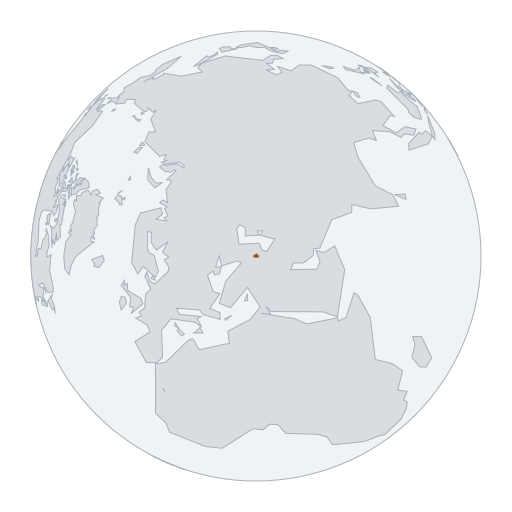 globe centered on Syunik, rotated 301°
{"feature_id": "ARM-1732", "entity_name": "Syunik", "entity_type": "Province", "adm_level": 1, "iso_a3": "ARM", "parent_name": "Armenia", "parent_adm1": "", "projection": "orthographic", "projection_center": [46.179, 39.357], "detail": "fine", "context": "on_globe", "style": "filled", "palette": "amber", "viewbox_px": 512, "rotation_deg": 301, "n_neighbors": 0, "source": "natural_earth", "source_scale": "10m", "svg_char_len": 11243}
<svg xmlns="http://www.w3.org/2000/svg" viewBox="0 0 512 512"><g transform="rotate(301 256 256)"><circle cx="256" cy="256" r="225" fill="#eef3f6" stroke="#a8b0b8"/><path d="M235.1,31.7L235.5,31.7L240.2,31.3L256.5,32.6L281.2,36.2L291.5,36.7L287.3,37.5L308.5,39.0L323.5,43.1L304.9,38.9L301.9,39.0L311.3,41.7L310.1,42.5L314.0,44.4L311.8,45.3L301.1,43.5L299.5,44.2L306.3,46.1L308.3,48.7L298.6,45.6L301.2,49.9L283.9,48.8L259.8,42.1L248.5,44.3L219.5,45.4L220.5,46.9L210.1,49.0L207.5,51.7L202.8,51.7L204.7,54.0L209.5,53.5L211.9,54.5L210.7,56.3L204.6,56.3L204.3,55.5L201.9,56.4L199.3,55.8L200.0,57.1L192.7,57.3L198.1,59.8L190.9,62.2L186.5,61.7L189.3,58.2L186.2,50.2L182.7,49.6L174.9,51.7L155.2,62.3L150.3,63.4L142.0,67.5L143.5,68.2L150.6,65.3L151.5,68.1L160.1,64.9L161.7,65.8L169.5,64.4L165.8,68.5L157.8,73.5L151.1,75.1L147.4,77.5L151.7,79.6L137.2,86.6L124.2,98.7L120.7,100.4L117.7,96.6L122.9,87.0L119.0,84.2L118.9,90.3L110.2,95.3L107.7,98.2L106.6,100.7L108.9,100.6L105.3,103.5L104.1,98.0L107.3,95.2L107.7,96.8L110.1,92.6L109.2,89.9L104.9,93.2L108.1,87.3L105.1,89.7L104.1,90.2L108.7,86.5L100.4,93.3L101.3,92.3L113.8,81.3L127.0,71.3L141.0,62.3L155.6,54.3L170.8,47.5L186.4,41.8L202.4,37.2L218.6,33.8L235.1,31.7ZM31.1,268.9L31.5,274.3L34.3,293.8L36.0,304.6L36.2,305.2L32.9,287.2L31.1,268.9ZM241.4,31.2L242.4,31.1L237.2,31.5L241.4,31.2ZM254.7,31.1L251.2,31.2L249.6,30.9L252.1,30.9L254.7,31.1ZM299.1,37.3L294.0,36.3L299.4,37.1L299.1,37.3ZM314.9,44.6L316.8,44.7L318.0,45.7L314.9,44.6ZM171.1,62.3L170.3,63.3L169.2,63.0L171.1,62.3ZM175.2,60.8L174.5,59.8L176.4,58.9L176.8,59.6L175.2,60.8ZM315.7,48.1L317.2,49.9L313.9,47.7L315.7,48.1ZM175.6,62.4L179.8,57.7L183.1,56.3L187.3,57.9L175.6,62.4ZM316.8,50.8L320.4,55.7L324.7,56.3L314.3,57.9L314.7,52.9L310.0,49.9L314.6,51.2L316.8,50.8ZM211.5,52.7L206.3,53.2L211.6,51.3L211.5,52.7ZM214.3,51.3L227.1,44.9L234.1,45.4L228.4,47.2L238.3,47.0L235.3,50.3L229.3,51.2L225.3,50.1L227.2,52.3L214.3,51.3ZM308.0,58.3L307.3,59.4L306.0,57.9L308.0,58.3ZM213.2,54.8L215.2,53.3L221.4,53.6L218.6,56.6L217.5,55.5L213.2,54.8ZM242.3,45.5L246.4,46.4L245.1,49.3L246.6,50.1L235.9,50.4L242.3,45.5ZM215.5,56.4L217.0,58.2L213.0,59.8L211.7,56.3L215.5,56.4ZM224.2,52.4L227.0,52.7L224.5,53.5L224.2,52.4ZM199.9,67.0L202.1,64.8L205.5,64.7L199.9,67.0ZM217.8,58.9L219.2,58.3L220.7,58.1L220.9,59.7L217.8,58.9ZM235.7,52.6L234.4,53.7L240.1,52.6L239.4,54.9L232.3,54.8L235.1,55.9L234.9,56.7L229.4,55.8L235.7,52.6ZM225.8,60.8L216.7,62.0L211.8,65.8L208.6,66.0L217.0,59.8L225.8,60.8ZM228.4,57.9L226.1,59.7L223.3,58.8L223.2,57.0L228.4,57.9ZM241.4,56.7L244.3,53.1L245.7,53.2L241.4,56.7ZM224.9,62.1L227.2,61.8L224.9,62.5L224.9,62.1ZM237.0,58.5L237.8,57.1L239.4,57.3L237.0,58.5ZM230.9,62.6L228.0,62.8L227.8,61.5L230.9,62.6ZM234.1,60.8L236.2,61.5L229.5,60.9L234.2,60.1L234.1,60.8ZM238.4,58.9L239.6,58.6L237.8,59.5L238.4,58.9ZM233.4,67.6L225.0,67.1L224.6,64.2L232.8,64.9L233.4,67.6ZM66.6,310.6L60.5,272.7L66.4,264.9L69.5,250.9L111.7,225.4L118.4,233.3L149.1,241.4L152.5,244.9L146.4,255.4L167.4,278.1L177.1,270.6L198.6,283.7L214.5,286.0L224.6,264.9L198.5,260.7L196.5,248.9L219.3,243.0L242.4,247.1L242.3,242.7L229.8,231.5L237.2,224.3L225.7,227.0L228.8,231.9L221.7,234.0L218.4,229.7L221.2,227.1L214.8,224.1L203.3,237.9L205.3,244.4L187.3,243.4L188.8,254.4L183.2,257.9L178.5,240.8L180.6,235.4L170.3,214.8L166.5,220.3L176.0,240.3L172.1,237.8L167.0,246.2L167.8,237.9L158.4,215.5L143.6,213.3L121.0,228.1L113.2,225.7L108.2,216.9L120.2,196.2L136.4,204.3L140.9,197.9L140.8,184.8L145.7,188.7L147.7,184.6L154.2,187.3L166.4,181.0L173.4,182.8L181.3,171.2L186.0,170.7L180.0,177.6L179.6,183.6L197.5,188.7L201.8,186.9L205.5,179.2L210.0,181.9L211.2,173.8L223.0,173.3L209.7,167.5L213.6,159.1L222.4,154.2L221.3,150.6L207.0,158.7L203.5,163.0L204.3,168.3L192.6,180.2L185.8,180.6L189.0,164.8L179.7,163.9L186.3,152.8L220.7,136.4L233.5,134.9L248.3,149.7L243.6,154.4L235.9,151.3L240.2,161.8L241.2,157.3L244.9,159.8L249.6,153.2L252.4,154.7L252.1,146.0L256.1,147.2L256.3,152.6L266.7,144.6L275.8,145.5L276.8,143.1L275.3,140.1L287.9,143.7L288.1,141.8L284.0,139.8L281.7,134.8L282.5,127.5L286.8,129.1L287.1,132.0L294.3,140.7L294.4,148.4L296.2,148.4L297.2,142.1L288.5,131.4L287.7,126.6L292.6,131.0L290.8,129.1L291.7,127.2L296.8,127.1L291.8,122.1L296.8,101.9L307.1,100.2L310.8,106.0L318.9,95.4L329.9,95.5L326.1,93.5L327.4,87.9L324.0,87.7L322.2,86.4L324.1,73.3L327.9,71.9L324.3,65.1L322.4,64.3L319.4,64.8L314.3,57.9L324.7,56.3L328.6,58.3L332.5,56.4L340.9,61.4L349.5,65.1L356.4,72.4L362.7,75.1L363.5,74.2L372.6,77.6L388.7,89.0L372.2,83.9L347.4,70.2L357.2,75.8L354.0,76.0L356.9,79.0L363.9,83.2L365.3,82.8L371.3,98.9L386.1,115.3L387.5,109.3L393.4,110.4L411.5,126.5L427.2,161.1L435.2,165.1L438.9,170.3L439.2,177.5L433.8,169.9L429.7,170.8L426.6,165.8L425.3,175.6L420.7,168.9L421.9,180.4L426.8,183.8L429.7,177.2L432.6,190.6L441.8,194.5L448.2,205.1L450.8,234.2L445.5,249.5L446.3,253.6L441.4,253.2L439.1,265.0L451.5,278.3L452.6,284.2L446.9,302.8L446.0,298.7L433.1,297.5L433.7,312.8L443.6,317.1L447.1,327.7L440.8,329.0L436.9,320.0L432.3,319.2L431.4,306.5L423.5,291.3L416.9,299.7L415.4,292.1L403.5,281.4L393.0,292.8L377.6,322.0L378.9,341.6L372.1,352.7L355.5,330.0L349.5,311.7L342.6,315.6L326.2,302.3L295.5,306.6L291.9,301.6L285.9,304.8L274.5,300.3L269.4,291.8L262.1,292.7L276.1,315.0L284.0,314.0L291.7,304.5L294.0,312.5L305.1,318.3L290.0,339.1L245.7,357.1L242.7,342.3L216.2,297.6L217.8,292.7L217.7,292.2L217.5,291.1L213.6,298.8L209.5,289.7L222.2,321.5L223.7,334.2L245.0,358.0L242.7,360.2L249.9,364.9L274.9,358.9L274.8,363.7L262.1,385.6L228.7,411.5L234.0,428.2L233.0,440.8L214.1,446.7L217.8,455.3L208.3,456.7L209.0,460.8L202.5,463.5L190.9,464.3L169.0,458.3L166.1,454.8L152.8,444.4L133.6,418.7L137.5,410.1L134.9,400.5L119.3,372.9L122.6,361.5L118.8,354.2L110.8,351.7L106.6,342.7L101.9,340.0L73.9,326.2L66.6,310.6ZM94.6,244.0L92.9,248.0L94.6,244.0ZM265.4,262.8L280.2,263.4L276.0,249.3L281.3,248.5L277.9,244.2L275.6,248.3L267.7,236.4L274.9,232.1L274.4,225.9L269.4,225.5L257.4,235.4L268.6,252.2L264.2,258.0L265.4,262.8ZM110.3,95.7L110.3,96.2L108.5,99.0L108.0,98.4L110.3,95.7ZM109.0,109.1L103.4,113.6L107.0,109.7L105.2,109.2L110.5,101.0L119.2,100.9L114.3,102.2L109.0,109.1ZM120.1,90.7L115.7,95.5L120.2,90.3L120.1,90.7ZM152.1,161.4L153.3,165.3L149.2,169.1L140.3,168.3L146.1,162.5L152.1,161.4ZM155.8,170.1L161.5,155.5L167.3,155.9L163.1,158.0L166.3,159.8L160.4,163.8L160.4,179.1L156.8,183.6L142.3,178.7L149.0,177.6L147.5,173.6L155.8,170.1ZM165.8,122.1L168.3,117.0L177.5,124.3L174.1,128.2L165.0,127.2L163.7,122.0L165.8,122.1ZM182.2,66.6L182.6,65.1L184.3,65.0L185.4,66.1L182.2,66.6ZM200.6,66.0L182.4,73.2L181.9,71.8L171.8,78.4L166.6,77.4L173.3,73.0L161.7,77.5L165.7,73.1L158.0,76.7L173.4,67.1L176.5,63.7L175.1,67.8L179.8,68.7L182.8,68.2L193.5,64.2L202.5,58.1L208.6,58.6L210.5,60.5L209.3,62.1L205.7,61.2L206.7,63.9L200.5,63.8L200.6,66.0ZM229.7,90.3L226.1,87.4L227.0,95.2L220.8,94.2L221.3,95.2L215.9,96.5L210.2,100.1L207.7,99.0L206.5,100.9L202.9,102.0L200.5,104.3L195.3,103.4L191.9,106.2L191.4,104.2L186.9,109.4L187.9,105.1L183.3,106.6L184.7,110.0L162.7,101.7L152.6,102.4L143.7,105.6L146.6,98.5L156.9,91.3L170.0,85.7L179.3,86.4L178.9,83.3L183.2,82.9L181.7,85.5L186.6,81.3L189.8,81.7L201.5,78.2L206.7,72.6L211.1,71.4L210.7,73.9L215.4,71.0L217.5,75.0L220.7,74.3L226.1,77.9L223.3,83.4L227.1,82.3L231.4,85.3L229.7,90.3ZM234.6,68.6L232.8,74.9L228.5,77.6L221.0,70.4L217.8,70.4L212.9,66.4L219.2,62.7L220.0,64.2L222.3,64.7L219.4,65.6L223.4,65.3L224.7,67.4L228.2,67.8L226.6,69.6L234.6,68.6ZM157.9,242.1L160.8,243.6L165.8,244.7L162.7,250.3L157.9,242.1ZM151.2,226.8L154.1,227.1L152.1,235.0L149.1,233.5L151.2,226.8ZM157.3,220.8L154.4,226.5L154.2,222.6L157.3,220.8ZM182.8,177.6L186.1,177.6L185.8,179.6L183.2,181.9L182.8,177.6ZM231.0,114.9L229.6,112.4L231.0,111.7L232.4,105.5L237.0,106.0L238.0,109.9L231.0,114.9ZM219.2,268.1L213.6,271.7L211.7,269.3L214.0,268.5L219.2,268.1ZM186.1,261.5L192.8,266.0L185.1,263.0L186.1,261.5ZM236.3,114.4L236.4,111.7L238.7,113.7L236.3,114.4ZM240.5,106.1L243.5,107.8L237.7,105.3L240.5,106.1ZM272.3,439.2L259.3,459.0L248.4,459.0L245.3,453.6L249.5,441.8L261.8,438.1L267.6,431.9L272.3,439.2ZM468.2,326.6L469.9,323.5L469.7,324.4L468.2,326.6ZM466.6,327.8L468.9,323.8L465.8,330.3L466.6,327.8ZM469.7,322.2L472.0,316.2L473.1,313.0L472.6,315.0L469.7,322.2ZM464.8,330.8L453.3,345.8L448.1,349.4L449.8,345.2L458.2,336.5L464.8,330.8ZM449.4,345.6L440.8,345.9L425.5,332.5L431.1,329.0L446.3,332.1L445.5,335.4L450.7,336.8L449.4,345.6ZM468.1,308.5L467.1,317.0L461.2,324.8L458.3,327.4L456.3,320.1L457.5,313.6L460.0,310.7L467.4,281.3L470.5,281.2L468.8,292.3L471.2,295.5L468.1,308.5ZM380.0,343.0L385.9,352.0L381.8,355.4L380.0,343.0ZM468.4,264.0L466.7,276.7L467.6,261.8L468.4,264.0ZM467.7,251.5L468.8,255.1L466.8,253.4L467.7,251.5ZM448.1,259.2L445.4,263.3L444.4,260.6L447.1,253.7L448.1,259.2ZM453.0,214.3L456.6,222.6L457.4,226.1L454.4,222.6L453.0,214.3ZM276.1,118.3L269.0,126.1L267.0,132.7L270.6,137.8L262.4,134.2L265.5,124.0L276.1,118.3ZM293.8,103.6L290.5,99.6L293.9,99.5L295.1,100.4L293.8,103.6ZM290.4,102.5L282.7,101.2L282.2,97.9L288.3,99.5L290.4,102.5ZM259.4,107.1L257.0,109.2L255.1,107.5L259.4,107.1ZM445.6,377.7L448.4,373.0L455.9,359.8L445.6,377.7ZM472.3,317.9L475.3,306.6L476.2,303.2L472.3,317.9ZM480.4,276.3L480.4,275.0L480.9,268.9L480.2,272.9L481.1,263.8L481.1,265.7L480.4,276.3ZM478.1,288.3L477.8,290.6L477.4,290.9L478.1,288.3ZM478.8,284.6L479.8,281.0L478.5,286.8L478.8,284.6ZM472.6,294.6L473.3,297.8L475.6,289.6L473.8,298.0L474.8,302.3L474.0,306.4L473.2,301.4L471.8,311.4L470.7,313.5L470.7,307.2L472.2,295.8L473.2,289.7L477.1,278.8L472.6,294.6ZM479.0,278.8L478.6,274.7L478.8,269.9L479.3,271.2L479.0,278.8ZM476.3,265.7L473.8,263.1L472.6,269.1L474.1,252.8L476.4,257.9L476.3,265.7ZM472.7,254.6L471.6,260.2L472.1,251.4L472.7,254.6ZM470.8,258.8L469.6,254.6L471.0,252.6L470.8,258.8ZM473.4,253.1L471.9,244.7L473.5,247.9L473.4,253.1ZM466.4,245.5L471.0,247.4L466.7,251.5L461.9,236.8L463.4,233.4L466.4,245.5ZM445.3,168.5L442.3,165.2L442.4,161.4L444.4,164.7L445.3,168.5ZM439.8,147.4L441.4,159.4L442.2,169.6L444.1,169.5L448.2,177.9L443.0,174.5L439.2,162.2L439.3,155.8L435.2,149.4L432.7,141.9L426.8,135.7L424.3,131.2L429.8,134.9L439.8,147.4ZM424.2,133.4L413.0,121.6L415.0,117.9L417.9,119.7L422.2,126.5L420.9,128.0L424.2,133.4ZM410.8,117.8L409.4,119.3L390.0,108.1L386.4,105.0L402.3,110.8L401.8,112.6L406.2,116.2L410.8,117.8ZM309.8,59.9L307.5,59.4L309.4,59.0L309.8,59.9ZM320.3,86.5L318.3,84.6L320.5,83.9L320.3,86.5ZM313.9,79.3L312.8,81.3L312.1,78.4L313.9,79.3ZM310.7,86.2L311.5,81.8L313.3,87.0L310.7,86.2Z" fill="#d9dde1" stroke="#a8b0b8" stroke-width="1"/><path d="M254.9,254.1L255.0,254.2L255.1,254.3L255.4,254.4L255.5,254.5L255.7,254.8L255.8,254.8L256.0,255.0L256.4,255.0L256.5,255.0L256.9,255.1L257.0,255.1L257.1,255.3L256.9,255.4L256.9,255.5L257.0,255.5L256.9,255.6L256.7,255.6L256.6,255.8L256.7,256.0L256.9,256.1L257.0,256.1L257.0,256.3L257.2,256.5L257.3,256.5L257.2,256.6L256.8,256.6L256.7,256.6L256.7,256.8L256.8,256.9L256.9,257.0L257.0,257.1L257.0,257.3L256.9,257.4L256.9,257.5L257.0,257.9L256.7,257.7L256.4,257.7L256.3,257.8L256.1,257.9L255.9,257.9L255.7,257.6L255.5,257.2L255.4,256.9L255.3,256.7L255.4,256.4L255.2,256.2L254.9,256.1L254.7,256.0L254.7,255.9L254.8,255.7L254.8,255.4L254.8,255.2L254.7,255.2L254.6,254.8L254.6,254.7L254.6,254.4L254.8,254.1L254.9,254.1Z" fill="#f59e0b" stroke="#b45309" stroke-width="1.5"/></g></svg>